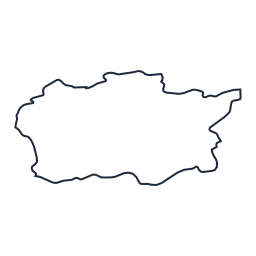 SVG path tracing the border of Alytaus
{"feature_id": "LTU-1067", "entity_name": "Alytaus", "entity_type": "County", "adm_level": 1, "iso_a3": "LTU", "parent_name": "Lithuania", "parent_adm1": "", "projection": "equal_earth", "projection_center": [24.158, 54.224], "detail": "fine", "context": "isolated", "style": "outline", "palette": "slate", "viewbox_px": 256, "rotation_deg": 0, "n_neighbors": 0, "source": "natural_earth", "source_scale": "10m", "svg_char_len": 2585}
<svg xmlns="http://www.w3.org/2000/svg" viewBox="0 0 256 256"><path d="M220.9,141.2L217.0,142.9L216.4,144.0L216.4,145.3L216.6,146.4L216.5,147.1L214.0,148.2L212.8,149.3L211.9,149.4L211.7,150.0L212.3,152.6L214.0,156.2L215.8,159.1L217.0,162.3L216.8,167.0L216.7,167.0L215.0,169.9L212.6,170.8L203.8,171.9L201.3,171.8L199.3,170.3L197.5,167.0L197.1,166.8L196.5,166.7L196.0,166.7L192.8,168.6L184.1,169.8L177.3,172.7L161.7,183.0L156.8,184.9L151.9,184.8L147.6,183.9L143.0,184.0L140.3,183.7L138.9,182.0L136.5,177.2L132.7,173.7L128.5,172.7L124.0,173.2L115.6,176.6L111.6,177.4L102.8,177.5L100.6,177.1L96.6,175.2L94.5,174.5L92.4,174.8L82.0,179.2L81.0,179.4L79.8,179.1L77.4,178.0L76.4,177.9L74.3,178.5L72.0,179.8L63.5,180.7L56.8,182.8L54.6,182.9L52.3,182.3L40.1,176.9L35.4,176.0L36.0,175.0L36.1,174.1L35.7,173.2L34.9,172.5L33.5,171.6L32.4,170.3L31.8,168.8L31.9,167.0L32.6,166.2L33.3,165.6L34.9,164.6L37.0,162.0L36.9,158.2L35.0,150.3L34.0,146.6L32.5,142.9L30.6,139.5L28.4,137.1L27.2,136.5L24.2,135.9L22.8,135.2L21.6,133.9L19.2,130.5L17.9,129.0L15.4,127.4L15.8,124.3L17.1,118.9L17.0,117.8L16.6,116.7L16.6,115.5L17.0,114.4L18.1,112.6L18.5,111.1L20.0,108.2L22.4,106.0L24.4,104.8L27.7,103.9L32.0,103.3L33.1,102.8L33.3,101.9L33.0,101.5L31.3,100.7L30.7,100.0L31.7,98.8L33.0,98.0L43.3,95.1L43.5,93.9L43.5,93.4L43.2,91.6L43.1,90.3L43.5,88.8L44.4,87.5L45.5,86.6L56.9,80.0L58.2,79.8L59.7,80.1L61.9,81.8L63.0,83.2L65.5,85.0L72.5,86.4L73.9,87.5L86.5,87.1L86.9,87.6L86.5,88.1L87.2,88.2L89.0,87.8L92.7,86.2L97.3,83.5L105.2,81.3L105.7,81.0L106.0,80.6L106.0,80.1L105.8,79.6L105.5,79.3L104.5,78.5L104.2,78.2L103.9,77.8L103.7,77.3L103.5,76.7L103.5,76.0L103.8,75.5L104.2,75.0L104.6,74.6L105.5,74.0L106.5,73.5L109.5,72.8L112.2,72.8L114.9,73.4L116.1,73.9L117.3,74.2L118.5,74.4L133.4,72.2L136.1,71.5L138.7,71.1L140.9,71.4L143.7,72.8L144.9,74.0L147.4,74.8L149.3,75.1L161.3,74.0L162.7,77.8L162.4,78.9L162.3,80.4L161.6,80.9L161.2,81.5L161.4,81.9L163.7,83.7L164.3,84.9L163.7,87.5L163.2,88.9L163.2,90.2L163.7,91.4L166.4,92.6L178.4,93.8L180.6,93.7L185.1,92.7L186.8,91.8L190.1,90.8L192.4,89.8L194.3,89.7L198.0,90.3L202.0,91.6L202.9,92.2L203.2,93.1L203.0,94.1L202.6,95.2L202.9,96.3L203.8,97.1L205.3,97.2L206.4,96.9L208.6,95.9L210.2,95.6L212.9,96.0L214.7,96.5L216.1,96.3L222.5,92.9L233.5,89.9L240.3,89.5L240.6,97.2L240.5,98.0L240.1,99.1L237.6,100.0L234.0,100.6L232.6,101.1L232.0,101.6L231.6,102.4L231.0,104.7L230.2,109.9L229.3,112.4L224.5,117.0L209.9,127.6L209.4,129.2L210.1,130.5L211.5,131.4L214.7,132.6L216.0,133.2L216.9,134.1L217.5,135.2L218.5,137.6L220.9,141.1L220.9,141.2Z" fill="none" stroke="#1e293b" stroke-width="2"/></svg>